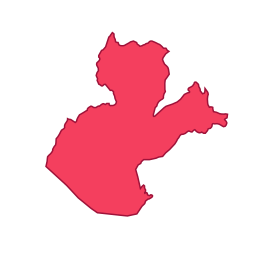 Bossangoa, Ouham, Central African Republic, rotated 40°
{"feature_id": "33826404B90258922405871", "entity_name": "Bossangoa", "entity_type": "district", "adm_level": 2, "iso_a3": "CAF", "parent_name": "Central African Republic", "parent_adm1": "Ouham", "projection": "robinson", "projection_center": [17.361, 6.343], "detail": "fine", "context": "isolated", "style": "filled", "palette": "rose", "viewbox_px": 256, "rotation_deg": 40, "n_neighbors": 0, "source": "geoboundaries", "source_scale": "gbopen_adm2", "svg_char_len": 4352}
<svg xmlns="http://www.w3.org/2000/svg" viewBox="0 0 256 256"><g transform="rotate(40 128 128)"><path d="M57.9,85.6L59.0,91.3L60.0,92.5L61.2,92.6L62.1,93.3L62.6,94.7L62.5,96.1L62.3,98.1L62.9,99.3L63.9,100.1L65.9,100.9L66.9,101.4L68.5,103.2L68.7,105.4L69.4,107.1L69.9,108.2L71.1,108.9L72.1,109.3L73.0,109.8L73.8,111.4L76.1,112.5L77.4,113.2L78.5,112.9L79.4,112.8L80.5,112.8L80.8,112.6L81.2,112.4L81.5,111.7L81.7,110.0L82.6,109.1L87.9,110.1L90.2,110.6L91.4,109.5L93.5,109.5L94.7,110.9L97.3,112.2L99.1,113.7L101.0,114.7L102.3,115.3L103.1,117.2L102.9,118.9L102.1,120.4L101.1,121.2L100.1,122.2L98.7,122.3L97.7,121.4L96.0,122.8L95.5,124.6L94.2,124.9L93.5,125.2L93.0,125.9L92.5,127.2L92.3,128.5L92.0,129.7L91.2,130.3L90.7,131.5L90.4,132.8L88.7,134.3L86.3,134.7L85.5,135.2L84.6,138.0L84.7,139.5L85.4,140.8L84.9,141.8L84.3,143.8L82.4,149.1L82.7,151.3L83.0,152.8L83.5,154.5L84.1,155.5L84.2,156.7L84.0,157.7L78.7,158.3L77.0,159.4L75.7,159.7L76.7,161.0L77.1,163.6L77.2,165.0L77.7,166.6L78.4,167.6L79.2,168.4L79.3,169.8L79.0,170.7L78.5,172.4L78.8,174.1L79.4,176.5L79.9,179.7L79.9,182.4L81.0,183.9L82.3,185.6L83.4,187.5L83.4,189.7L84.0,192.7L84.8,193.6L85.2,195.6L85.2,197.7L84.9,199.9L84.9,201.7L86.1,203.6L87.4,205.4L89.9,210.2L109.1,211.0L118.0,211.4L134.9,213.5L151.6,213.3L159.0,212.6L165.4,208.3L181.2,197.7L184.1,195.7L187.5,191.3L190.0,188.1L189.0,179.0L189.4,175.2L188.4,172.6L189.1,169.5L189.8,168.7L190.7,166.1L190.8,164.9L190.3,164.1L189.6,164.0L189.4,164.0L188.4,164.5L188.1,165.6L187.9,166.0L186.5,166.5L186.0,166.6L185.6,166.4L184.8,165.7L184.1,165.5L183.7,165.8L183.2,166.1L182.8,167.1L182.3,166.7L182.3,165.5L181.2,164.1L180.4,163.9L179.3,163.2L179.0,163.2L178.0,161.8L177.1,161.7L176.6,161.7L176.4,162.9L176.3,164.3L176.4,166.4L166.8,159.1L160.5,154.8L159.5,149.7L160.5,147.0L159.9,145.2L160.3,142.2L164.8,138.4L168.9,133.1L170.2,130.5L172.8,127.5L172.8,122.9L173.7,117.7L174.1,110.2L173.7,107.1L173.1,104.6L173.1,102.8L172.6,100.3L172.9,98.7L174.4,97.1L175.4,95.2L175.8,93.0L176.2,91.6L176.8,91.1L177.6,90.8L178.7,90.5L179.6,89.9L179.6,89.7L179.7,87.9L179.8,87.6L180.2,86.4L180.8,86.3L181.6,86.6L183.4,86.6L185.2,86.1L185.9,85.7L186.8,84.6L187.1,83.8L188.1,83.6L189.3,83.4L190.6,82.3L190.6,81.8L190.6,79.9L190.5,78.6L190.0,77.4L190.2,76.7L190.7,76.1L191.3,75.3L191.4,73.7L191.2,72.8L190.9,72.2L190.2,71.2L190.1,70.4L190.6,69.8L191.6,69.2L193.5,67.4L195.3,66.5L196.6,66.2L198.7,65.9L200.3,65.6L201.3,64.3L201.3,62.7L200.7,61.0L200.1,60.3L198.5,59.7L196.6,59.5L196.5,58.6L197.3,56.5L195.4,53.5L194.3,54.1L193.7,54.5L193.2,54.9L193.1,55.3L190.6,57.2L189.1,58.1L187.0,58.7L185.7,59.1L183.0,60.5L180.7,58.9L179.9,57.9L179.6,57.7L178.8,58.0L177.6,58.8L177.3,59.4L177.0,59.8L174.1,58.7L172.7,57.4L170.2,54.8L168.6,52.4L167.8,50.6L166.2,49.4L164.0,48.8L161.6,48.2L163.0,50.0L163.7,51.2L164.0,52.4L163.1,53.8L162.2,53.7L160.5,53.3L159.5,53.1L158.5,52.1L157.6,51.5L156.7,51.2L155.3,50.6L154.5,49.7L153.7,49.3L152.9,49.2L152.0,49.2L151.3,49.1L150.5,49.2L149.7,50.0L149.7,50.7L150.1,51.5L150.3,52.0L150.2,52.8L150.5,53.7L150.3,54.7L149.8,56.1L149.5,57.0L149.1,57.6L148.9,58.4L149.0,59.4L149.6,60.2L150.0,60.3L151.1,60.4L151.7,60.5L152.1,60.9L152.1,61.5L151.6,62.1L151.3,62.4L150.9,63.1L149.6,66.1L149.8,72.2L149.0,76.4L146.7,81.1L143.2,86.9L142.6,89.3L142.1,93.2L141.3,99.0L141.0,101.3L141.0,101.6L140.7,102.2L140.4,102.5L140.0,102.6L139.4,102.1L138.5,100.9L138.0,99.7L136.2,96.0L135.7,94.8L135.9,93.3L135.9,92.5L135.2,91.2L134.7,89.0L134.7,87.3L135.2,85.2L135.8,83.6L135.8,82.2L134.7,80.9L133.6,78.6L133.2,76.1L131.6,74.9L127.4,70.0L125.6,67.3L125.4,64.4L125.0,60.3L122.7,58.3L121.1,56.9L119.6,56.0L117.8,55.7L115.0,55.6L112.1,54.3L110.3,53.2L109.7,51.5L109.2,47.0L110.1,43.0L108.5,43.2L107.4,43.1L106.6,42.7L105.8,42.5L104.8,43.3L104.1,44.0L103.2,44.0L101.9,43.8L100.6,43.7L98.5,43.7L97.4,44.1L94.8,44.7L93.3,45.1L90.5,46.0L89.6,46.7L88.9,48.0L88.9,49.4L88.7,50.3L87.7,51.6L87.4,52.4L87.3,53.3L86.3,54.6L86.0,55.8L84.6,57.7L83.0,57.6L81.5,57.8L80.7,57.6L79.7,57.0L76.3,57.9L75.0,59.8L74.6,60.4L74.0,62.4L72.8,65.4L72.4,66.6L71.9,67.5L71.2,68.3L70.2,69.1L69.3,69.7L68.2,70.1L67.4,70.0L66.6,69.6L66.0,69.1L65.4,68.9L64.3,69.7L63.0,69.9L62.7,69.6L61.4,68.5L60.5,68.0L59.3,67.5L58.1,66.5L57.5,65.8L56.8,65.0L55.8,64.9L54.7,65.0L54.9,68.0L55.1,69.0L54.9,70.7L58.7,80.2L58.7,82.8L58.6,84.3L57.9,85.6Z" fill="#f43f5e" stroke="#9f1239" stroke-width="1.5"/></g></svg>